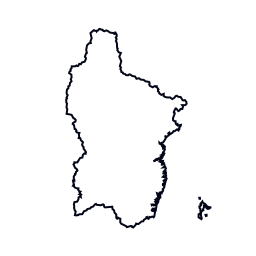 Ambilobe, Diana, Madagascar (Mercator projection), rotated 170°
{"feature_id": "10022922B52521872200932", "entity_name": "Ambilobe", "entity_type": "district", "adm_level": 2, "iso_a3": "MDG", "parent_name": "Madagascar", "parent_adm1": "Diana", "projection": "mercator", "projection_center": [49.084, -13.513], "detail": "fine", "context": "isolated", "style": "outline", "palette": "ink", "viewbox_px": 256, "rotation_deg": 170, "n_neighbors": 0, "source": "geoboundaries", "source_scale": "gbopen_adm2", "svg_char_len": 5725}
<svg xmlns="http://www.w3.org/2000/svg" viewBox="0 0 256 256"><g transform="rotate(170 128 128)"><path d="M142.4,229.2L143.7,229.5L144.7,230.3L148.5,228.0L148.2,222.7L150.0,219.7L149.8,218.2L151.9,218.1L154.0,216.5L155.6,212.2L155.5,209.0L156.3,208.8L158.1,205.6L157.4,204.6L157.4,203.4L159.2,200.8L161.9,200.6L163.4,199.0L164.9,199.6L166.2,197.8L167.3,197.8L167.9,198.5L169.5,197.9L172.7,198.5L173.3,196.5L174.4,195.8L174.5,194.3L175.7,193.8L176.5,192.3L174.5,190.4L174.8,187.5L175.9,186.0L175.5,183.8L177.2,182.6L178.2,179.8L179.5,179.4L179.8,177.5L181.3,176.6L182.2,174.1L182.4,172.1L181.7,170.8L183.3,168.5L182.9,167.8L183.9,166.9L184.3,163.8L183.8,162.8L185.0,158.9L184.5,157.2L186.0,152.6L181.3,150.8L180.0,147.0L179.2,146.7L178.1,145.1L178.6,143.5L181.1,142.6L181.8,141.6L180.7,140.3L180.7,136.3L179.9,136.0L179.2,134.6L179.7,133.6L179.1,132.5L176.7,131.5L177.5,130.2L177.6,128.1L178.3,126.7L176.8,126.3L176.5,124.1L174.8,121.9L176.1,119.5L175.8,118.1L175.1,117.1L175.3,115.4L173.6,111.7L174.2,110.0L175.3,110.6L177.1,109.3L178.1,106.8L180.4,106.8L183.9,102.9L186.8,103.5L186.9,102.5L188.0,101.7L187.1,98.1L185.6,96.5L185.2,94.8L186.8,93.9L187.5,92.1L188.2,92.0L188.1,91.2L189.8,89.8L190.2,87.3L189.8,86.2L189.9,85.7L190.5,86.4L191.4,85.8L191.1,82.2L191.9,81.0L191.1,81.1L191.4,79.9L190.6,78.6L189.1,77.6L187.3,77.1L187.8,75.7L187.1,74.4L185.9,73.6L186.9,72.9L186.3,71.5L187.2,71.1L185.9,70.3L186.5,69.9L186.5,68.3L187.1,68.9L188.7,68.3L189.1,66.6L190.8,64.3L193.6,64.3L194.6,62.0L194.5,60.1L195.0,58.7L194.7,56.0L194.0,54.9L195.4,51.4L193.8,50.8L192.8,51.1L192.1,50.8L191.1,51.5L188.0,51.1L185.7,53.7L183.1,54.1L182.1,55.2L179.0,55.4L178.3,56.3L176.0,56.7L173.6,58.6L172.7,58.8L172.1,57.8L168.1,56.6L166.0,57.2L165.2,56.6L165.1,54.6L164.4,53.8L157.2,53.2L157.3,50.7L156.2,49.7L155.9,46.9L154.6,44.9L155.1,41.9L154.2,41.8L154.5,40.7L154.0,40.5L153.0,41.0L151.3,40.0L152.0,36.5L151.4,35.0L146.7,31.5L146.4,30.6L142.1,31.0L141.2,30.6L141.1,29.6L140.0,29.2L136.8,31.7L136.6,32.4L134.4,31.6L130.8,33.6L129.1,33.5L128.2,34.9L126.0,35.8L125.4,37.0L124.8,37.1L124.8,36.5L123.3,35.9L124.0,35.3L123.5,35.0L122.4,36.7L121.3,36.1L119.5,36.6L118.3,35.6L117.4,36.5L115.9,40.8L117.0,41.8L118.5,42.1L118.9,42.9L118.4,43.5L118.3,42.5L116.9,43.0L115.0,42.3L115.2,43.5L116.5,43.9L116.8,44.8L116.2,44.1L114.5,43.5L113.5,46.3L114.3,47.6L116.0,47.2L117.1,48.2L117.9,47.8L118.0,48.5L116.6,48.4L115.9,47.6L114.1,47.9L113.6,49.9L114.4,51.7L113.1,50.3L113.6,48.7L113.2,47.6L112.6,48.1L110.9,50.1L111.7,52.0L113.1,52.8L112.5,53.1L111.7,52.5L111.2,53.6L112.8,53.8L110.8,53.8L111.0,52.2L110.5,51.7L109.0,53.6L109.1,54.4L110.8,55.9L109.5,55.6L110.5,56.6L110.6,57.7L108.3,54.9L108.1,56.3L109.3,56.6L109.8,58.2L107.8,57.1L107.7,58.1L108.4,59.4L106.3,58.0L106.1,59.3L105.4,59.9L106.0,59.0L105.7,58.7L104.4,60.0L104.1,61.1L104.4,61.7L102.8,63.0L102.2,64.4L102.4,65.1L104.3,65.8L103.6,65.8L103.1,66.4L104.0,67.1L102.9,66.8L102.9,65.7L101.6,65.8L101.1,67.0L101.8,67.3L100.5,68.3L100.1,69.6L100.7,70.2L101.0,69.4L101.8,69.0L102.1,70.0L100.6,70.6L99.6,70.1L98.7,71.5L99.2,72.6L102.1,73.8L101.1,74.5L100.5,73.8L99.3,73.7L98.7,74.2L99.6,76.6L101.9,77.4L99.7,77.2L98.5,76.6L98.3,77.2L99.0,78.8L100.0,79.2L99.5,79.6L98.5,79.0L98.3,81.0L97.7,81.6L98.0,83.0L100.0,83.1L98.5,84.0L98.5,86.0L99.4,86.7L100.9,85.9L101.8,86.4L101.0,86.3L98.9,87.6L99.8,89.1L99.5,89.5L100.5,89.6L101.4,88.6L102.6,89.4L102.2,89.6L101.1,89.0L102.5,92.0L104.8,91.4L105.3,92.1L107.3,90.9L108.7,90.7L105.3,92.6L103.5,92.1L103.9,93.4L103.4,92.8L102.3,92.9L100.4,91.9L99.7,92.5L100.4,93.9L99.0,93.6L98.3,94.5L99.3,95.3L97.4,95.4L97.1,96.0L98.1,96.5L96.9,97.0L97.9,98.0L98.0,98.7L97.4,97.9L95.4,100.4L95.8,102.1L97.0,101.6L97.0,102.5L95.2,102.4L94.9,103.3L96.3,105.2L97.1,105.6L97.1,104.2L97.9,103.3L97.4,104.3L97.7,105.5L99.7,107.2L99.6,108.0L98.7,106.6L97.4,107.6L95.8,107.7L92.5,111.4L92.8,114.2L92.3,112.9L91.4,112.5L89.0,113.9L88.9,115.0L89.7,116.4L88.7,115.7L88.0,116.3L87.5,114.6L85.1,115.6L83.7,117.0L82.8,116.7L80.1,118.1L78.7,116.8L78.1,118.0L78.8,119.0L77.6,118.3L77.3,119.8L76.0,120.5L75.4,121.9L78.5,121.8L78.6,123.3L79.6,122.9L80.2,124.0L80.0,126.4L81.0,126.5L82.3,127.9L81.9,130.0L79.5,134.0L79.5,134.8L80.2,135.2L80.0,136.0L77.8,139.0L77.1,138.8L75.5,135.9L74.3,136.3L72.8,137.7L71.2,137.3L70.0,139.8L70.7,141.1L67.5,140.6L66.1,141.7L66.0,143.4L67.1,145.6L68.8,145.5L69.5,146.2L70.8,149.4L73.0,149.9L74.3,151.3L75.6,151.1L77.1,149.7L79.4,148.8L81.4,150.9L83.5,151.1L86.0,152.1L87.3,153.3L86.9,155.4L89.4,154.8L91.2,156.6L91.1,157.8L92.1,158.9L91.8,160.5L91.3,160.7L92.2,162.8L93.0,163.3L92.6,164.2L94.8,164.6L96.6,163.8L99.0,165.6L99.6,167.2L98.9,168.2L99.2,169.7L102.8,171.0L104.1,172.6L107.1,173.5L108.6,175.1L111.1,175.0L112.1,177.5L114.8,178.5L116.3,180.1L117.5,180.6L118.6,179.9L120.7,180.4L121.3,181.4L123.4,182.6L123.5,183.5L124.9,184.4L124.7,185.4L125.3,187.4L124.4,188.9L125.3,190.2L123.0,195.1L124.2,199.8L122.0,203.1L124.0,204.2L125.0,206.7L124.3,208.0L124.8,208.7L124.2,213.7L124.8,215.7L123.8,217.5L124.3,219.3L123.3,220.1L122.9,221.5L123.7,224.0L123.9,224.2L124.5,223.0L125.1,223.0L125.5,223.9L129.1,225.1L131.2,227.2L132.6,227.9L134.5,227.4L135.6,228.1L136.0,229.2L136.7,229.2L138.6,230.5L139.3,230.4L140.6,229.2L141.7,229.2L142.2,228.6L142.4,229.2ZM73.4,30.8L74.0,27.8L71.6,25.5L71.0,26.3L71.4,29.0L70.7,32.2L69.2,33.7L68.1,34.0L68.3,34.8L66.9,36.8L66.7,38.5L66.0,38.5L65.3,37.8L64.5,35.3L63.4,34.4L62.1,34.5L60.7,35.2L60.6,35.6L62.5,36.2L63.8,37.3L65.2,39.8L67.1,41.3L67.5,42.8L70.0,40.5L69.9,40.0L69.1,40.3L69.1,39.7L70.5,38.3L71.3,38.4L71.5,36.8L70.7,35.8L71.2,33.9L70.8,33.1L72.0,31.0L73.4,30.8ZM66.8,28.9L66.6,27.8L65.8,27.9L65.7,28.9L66.8,28.9ZM69.9,46.9L69.9,45.9L69.4,45.8L69.3,46.8L69.9,46.9Z" fill="none" stroke="#020617" stroke-width="2"/></g></svg>